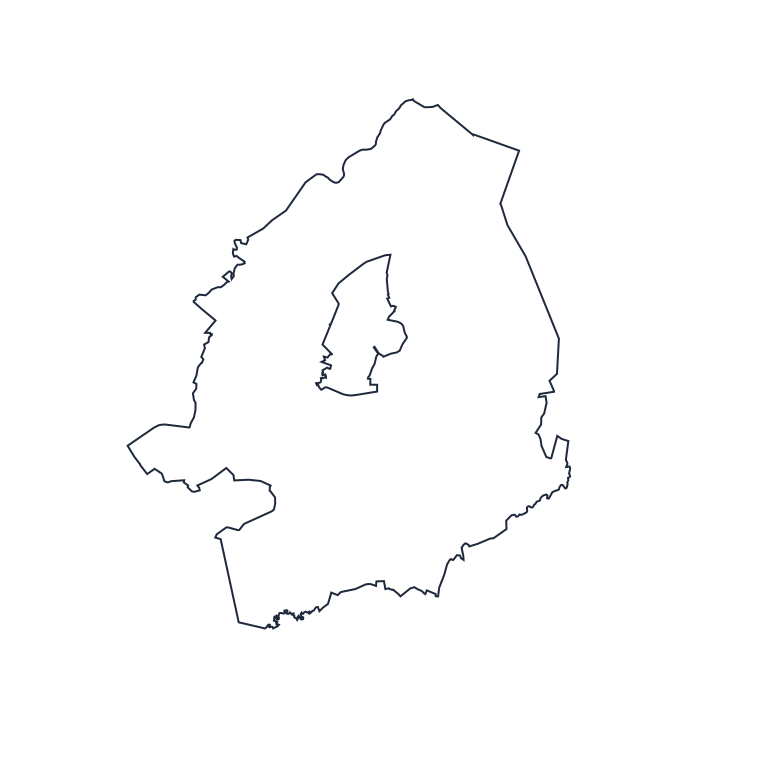 outline of Baldones pag., Baldones, Latvia, rotated 294°
{"feature_id": "27541924B60801434690140", "entity_name": "Baldones pag.", "entity_type": "district", "adm_level": 2, "iso_a3": "LVA", "parent_name": "Latvia", "parent_adm1": "Baldones", "projection": "mercator", "projection_center": [24.339, 56.727], "detail": "fine", "context": "isolated", "style": "outline", "palette": "slate", "viewbox_px": 768, "rotation_deg": 294, "n_neighbors": 0, "source": "geoboundaries", "source_scale": "gbopen_adm2", "svg_char_len": 6167}
<svg xmlns="http://www.w3.org/2000/svg" viewBox="0 0 768 768"><g transform="rotate(294 384 384)"><path d="M382.5,176.4L381.6,176.7L378.0,188.2L373.5,204.3L358.0,199.8L360.0,204.3L358.9,205.1L359.6,206.3L358.7,206.8L355.4,205.2L350.9,206.6L346.9,203.6L343.9,205.8L334.4,206.1L333.0,209.0L329.1,209.0L328.9,208.6L325.4,207.5L323.0,207.3L315.4,209.2L308.0,209.3L307.8,212.6L303.3,214.4L297.8,213.2L292.1,216.9L290.2,219.5L283.4,222.4L276.3,223.9L269.4,223.4L265.8,224.0L265.1,223.9L257.9,200.3L256.3,197.3L254.5,194.8L250.4,191.5L223.3,174.9L215.9,185.6L211.4,193.9L210.8,194.2L205.4,204.3L213.2,208.9L211.8,217.2L211.0,218.3L205.8,223.0L206.2,226.6L208.6,229.0L214.8,240.6L212.7,241.1L211.6,246.4L209.8,246.6L207.7,252.4L208.6,255.0L211.9,258.9L214.0,257.4L215.4,254.8L226.9,265.0L243.1,274.1L239.6,283.5L235.0,286.4L241.5,299.3L245.2,310.7L245.1,321.7L243.4,321.6L239.9,323.0L239.7,324.1L236.1,330.6L230.6,333.2L224.7,334.5L222.1,333.3L199.8,313.5L198.8,312.9L191.8,311.2L191.1,309.9L189.6,300.2L189.1,298.6L188.5,298.1L178.7,292.3L175.1,292.3L175.8,297.9L107.2,348.2L112.0,373.2L111.9,374.2L113.5,375.4L117.0,376.2L117.7,377.5L117.5,377.9L116.3,377.7L115.9,377.1L115.3,377.5L115.3,378.7L116.2,379.4L116.8,380.8L115.6,382.1L119.5,385.4L121.3,385.9L121.2,384.5L120.6,383.7L120.8,383.4L123.2,383.2L122.4,382.2L123.2,381.5L123.0,379.7L126.7,378.6L127.2,378.9L127.2,379.4L126.2,380.2L125.3,382.1L126.7,383.5L127.9,382.9L127.7,382.1L127.1,381.6L127.7,381.3L128.1,380.0L128.6,379.9L128.8,380.2L128.7,381.1L129.4,381.9L132.2,381.7L133.2,383.6L133.2,385.2L134.2,386.5L135.1,386.6L136.0,385.2L136.5,385.2L137.1,385.9L137.9,387.6L137.8,387.9L135.2,388.2L134.7,388.7L135.2,390.3L137.1,390.9L136.0,393.5L136.9,393.5L137.6,394.8L136.2,395.0L135.9,396.3L134.6,396.6L134.0,399.4L133.1,400.6L135.0,400.8L135.9,399.9L137.3,400.2L136.6,401.1L136.0,402.9L135.2,403.6L135.3,404.3L136.2,405.7L137.9,405.2L138.0,404.8L137.1,404.1L137.0,402.9L138.0,403.4L138.3,403.1L138.5,402.1L140.3,401.4L141.5,401.7L140.6,402.5L141.1,403.5L142.8,403.9L144.3,405.2L144.0,406.3L144.6,407.7L143.8,408.5L143.9,409.3L144.9,409.8L144.9,408.8L145.6,408.3L145.9,408.5L145.7,409.6L146.1,410.5L147.3,410.8L147.6,410.0L147.5,410.9L148.5,412.0L152.2,412.6L153.4,414.3L150.2,417.4L155.1,419.3L160.3,422.3L172.0,420.7L172.3,427.6L176.4,429.2L185.0,441.2L193.4,448.7L194.9,451.0L195.8,453.4L196.3,458.8L200.6,457.4L203.9,464.1L197.2,468.7L199.3,471.5L199.0,472.6L199.4,475.6L199.8,475.9L198.0,482.4L196.7,485.4L207.7,491.0L210.7,494.3L210.2,498.5L210.3,502.6L208.9,506.4L208.9,507.2L212.9,507.1L213.1,516.6L211.2,517.5L211.9,519.8L220.3,517.3L234.5,516.6L244.9,515.0L249.3,515.5L251.0,516.0L251.3,516.5L251.2,518.5L251.9,519.0L257.3,520.2L258.2,523.1L256.2,525.3L255.7,528.2L259.0,526.5L266.0,521.5L269.5,522.1L271.6,523.2L271.5,526.6L270.3,528.0L276.1,534.6L285.9,543.8L287.8,546.9L301.3,554.9L308.9,551.2L315.9,553.9L317.7,556.4L317.6,557.1L316.7,558.2L316.7,559.1L317.8,560.3L319.9,560.8L320.3,562.7L323.1,565.3L325.0,566.5L326.4,566.4L329.2,564.8L330.6,565.3L331.3,566.0L331.5,567.0L331.0,568.1L331.6,569.7L332.3,570.2L334.9,570.2L336.0,571.1L338.5,571.3L340.8,573.7L343.5,573.5L345.6,574.1L347.3,575.2L348.9,577.0L349.0,578.0L348.5,578.7L345.9,579.4L345.8,579.7L346.5,581.2L353.7,581.8L356.5,584.3L357.9,586.1L358.8,586.6L361.4,586.3L363.7,586.8L364.4,588.2L362.3,592.1L362.7,592.8L363.5,593.1L367.2,592.5L368.5,591.5L370.8,591.6L373.1,590.3L374.3,591.4L375.7,591.5L377.4,589.5L382.7,588.4L384.1,587.1L382.2,584.2L385.5,584.1L386.7,583.3L388.7,581.0L406.9,575.6L406.1,568.8L407.1,563.4L384.2,567.0L383.7,566.2L383.4,561.9L391.6,553.0L397.2,549.5L399.0,547.6L400.8,545.5L401.0,542.4L411.0,544.0L417.4,541.3L422.2,542.3L433.0,540.2L438.6,536.5L434.9,530.6L438.2,530.3L446.1,542.5L446.7,542.2L454.3,533.9L463.6,537.9L496.6,525.3L558.1,461.6L579.4,432.1L595.5,417.8L595.8,417.0L652.1,412.5L648.4,364.4L648.3,363.9L647.7,364.1L659.0,323.8L660.8,319.7L656.8,315.6L653.5,309.0L653.4,307.7L654.6,297.4L655.0,295.5L655.9,294.6L654.4,293.2L653.5,291.5L651.1,288.7L645.4,286.1L642.2,285.8L638.0,284.0L634.6,283.8L632.3,282.6L628.2,281.9L623.0,278.6L620.7,278.0L613.9,277.9L611.8,278.4L606.7,277.6L602.6,278.0L599.6,279.0L598.2,278.8L593.4,276.4L590.7,272.3L589.5,269.2L587.1,266.7L576.9,259.5L572.8,257.9L567.9,257.9L563.7,258.9L559.6,262.1L558.3,262.6L556.8,262.7L550.0,260.5L548.5,258.8L548.1,257.8L547.9,255.5L548.5,251.6L549.8,248.5L549.8,246.3L550.5,243.9L549.6,240.1L548.1,237.0L536.3,230.3L502.5,223.9L488.2,215.2L476.9,210.4L462.3,199.7L460.6,201.3L455.6,201.3L454.6,196.2L457.1,194.3L455.4,190.0L454.2,189.1L451.9,190.5L448.8,194.1L447.0,194.8L445.8,192.9L446.0,191.5L442.0,192.7L439.4,195.2L441.0,197.2L440.1,200.9L439.2,206.2L438.9,205.9L437.6,207.6L435.9,206.1L434.3,203.7L433.4,201.6L429.1,200.6L423.7,201.6L421.5,202.9L417.9,202.1L420.2,200.5L423.3,199.9L424.2,197.9L423.8,196.7L416.4,193.1L414.4,200.4L413.2,199.0L409.7,197.7L406.1,195.6L404.8,192.7L400.2,188.2L395.7,186.7L392.5,185.0L390.5,178.9L386.8,176.8L384.2,177.6L382.5,176.4ZM384.5,317.9L385.2,321.6L389.7,322.9L389.8,325.0L395.0,311.8L416.5,311.1L416.5,310.4L418.2,311.1L437.7,310.3L439.1,309.8L445.9,299.7L457.3,301.5L469.2,307.4L485.6,316.4L488.6,318.4L502.1,332.7L504.7,337.3L486.6,341.2L484.9,342.9L480.9,343.9L469.8,350.1L468.1,351.6L467.3,351.1L464.9,353.7L463.3,352.2L457.7,358.8L458.8,359.9L459.3,361.3L459.2,363.5L454.7,363.4L454.7,363.9L447.4,361.2L444.2,361.2L446.4,371.1L446.3,374.4L445.9,376.0L444.6,378.1L439.5,381.9L436.6,385.5L435.4,386.1L427.7,384.7L420.8,384.8L417.9,382.7L414.5,377.9L408.7,372.4L409.1,372.0L409.8,366.8L414.1,360.2L413.3,359.8L409.3,366.5L406.1,365.8L398.6,367.2L393.2,366.8L385.9,367.4L383.7,366.8L382.3,367.1L383.1,369.5L377.8,371.7L380.5,378.0L374.3,380.8L362.3,362.5L360.0,358.4L358.5,353.7L358.0,350.5L357.7,333.6L357.1,331.7L353.3,329.2L353.4,328.4L355.0,325.5L356.3,324.4L355.6,323.3L357.1,321.6L357.7,322.2L357.5,322.9L359.8,325.4L362.0,325.1L363.7,324.0L364.7,326.1L366.0,327.3L366.1,328.4L367.3,328.0L368.8,326.5L366.9,324.3L369.0,323.1L369.5,323.8L371.5,322.3L375.8,325.4L375.7,328.4L376.1,328.7L379.5,328.0L378.8,318.0L381.8,320.5L384.5,317.9Z" fill="none" stroke="#1e293b" stroke-width="2"/></g></svg>